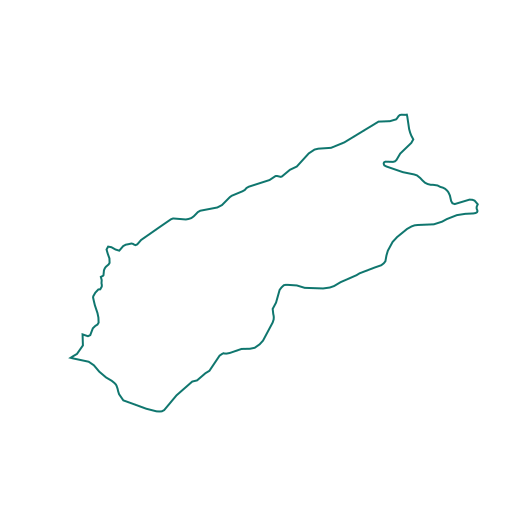 Kärnten, orthographic projection, rotated 144°
{"feature_id": "AUT-2325", "entity_name": "Kärnten", "entity_type": "State", "adm_level": 1, "iso_a3": "AUT", "parent_name": "Austria", "parent_adm1": "", "projection": "orthographic", "projection_center": [13.787, 46.758], "detail": "fine", "context": "isolated", "style": "outline", "palette": "teal", "viewbox_px": 512, "rotation_deg": 144, "n_neighbors": 0, "source": "natural_earth", "source_scale": "10m", "svg_char_len": 2725}
<svg xmlns="http://www.w3.org/2000/svg" viewBox="0 0 512 512"><g transform="rotate(144 256 256)"><path d="M56.8,285.5L55.3,284.8L52.2,282.4L50.9,281.7L51.7,279.8L57.5,268.7L58.8,265.2L59.6,262.2L60.2,257.9L63.9,256.2L79.1,254.1L86.0,251.1L88.0,250.9L89.8,251.6L95.8,256.2L97.1,256.5L97.7,256.3L98.3,255.8L98.6,255.2L98.8,254.6L98.9,253.8L97.9,251.8L87.9,237.5L80.2,229.1L78.4,226.6L77.3,222.6L76.9,219.3L76.2,215.9L74.8,213.3L72.8,210.9L71.0,209.6L67.7,206.4L66.3,203.6L64.6,201.4L63.5,199.2L63.0,196.8L62.9,195.6L62.9,194.5L63.2,192.8L63.6,190.9L65.8,185.8L66.1,183.2L64.7,181.2L50.1,176.1L47.9,174.3L46.6,172.3L46.2,167.5L48.4,166.2L49.0,165.6L49.6,164.7L49.8,164.1L50.0,163.2L50.2,162.6L50.7,161.9L51.5,161.5L53.1,161.7L55.2,162.7L61.9,167.1L69.5,171.0L79.9,173.7L85.3,174.4L93.5,177.1L106.9,186.0L109.7,187.6L112.8,188.5L117.9,189.1L130.6,188.4L137.2,187.1L146.2,182.8L150.1,179.8L154.4,175.7L156.9,175.0L160.1,174.9L166.7,176.9L182.3,181.1L186.0,181.4L202.9,185.1L210.5,185.8L214.8,187.1L220.8,190.3L235.3,201.6L240.3,208.2L246.8,213.6L249.1,215.3L250.7,216.0L253.8,215.6L256.8,214.7L267.2,206.5L273.6,203.4L276.1,199.0L276.9,197.2L277.6,196.0L279.0,194.3L281.6,192.4L300.1,183.4L305.0,182.4L311.0,182.5L315.4,184.5L322.3,189.3L334.3,193.0L337.3,194.4L339.0,195.8L339.4,196.4L340.9,196.7L344.0,196.8L361.2,190.5L365.8,190.9L376.8,190.0L381.4,191.9L402.2,190.0L420.9,185.3L423.5,185.7L425.3,186.8L427.8,188.8L434.6,197.0L448.2,217.2L448.0,224.7L447.0,227.7L446.0,230.0L445.1,233.0L444.9,234.4L445.2,236.6L446.1,239.9L448.7,245.9L450.8,254.6L451.4,262.9L453.5,268.8L464.3,280.8L465.8,282.6L462.4,282.4L458.4,282.0L448.6,285.4L442.4,294.5L439.1,289.9L436.6,289.4L434.2,291.0L430.5,293.4L429.9,293.5L427.0,293.9L424.6,293.7L422.5,294.6L419.7,298.8L417.8,303.0L416.5,307.1L415.3,310.9L413.6,315.0L412.2,318.2L411.3,319.1L407.5,320.8L403.2,321.6L401.6,320.6L398.8,321.9L397.8,323.1L397.0,324.8L395.0,327.2L393.8,330.3L392.5,330.1L391.5,329.9L390.7,330.1L387.4,333.8L385.6,334.9L383.9,335.5L380.2,335.8L378.5,336.5L376.0,340.2L374.6,345.0L373.8,347.2L373.1,349.1L370.1,350.5L367.8,348.1L365.9,343.9L363.5,340.7L357.6,342.1L354.7,341.7L352.4,340.6L349.4,339.3L348.4,338.1L347.9,336.8L347.1,335.6L345.2,335.2L339.5,336.5L319.0,336.1L303.2,335.7L302.8,335.6L301.0,335.1L291.3,326.8L288.8,325.6L286.0,324.7L283.0,324.7L280.0,325.2L277.3,325.7L274.5,325.4L258.8,318.0L253.6,317.2L242.6,319.0L240.2,319.0L228.9,316.3L226.3,316.0L223.7,316.6L221.1,316.3L200.4,309.5L193.2,309.2L191.9,308.3L189.5,305.5L188.3,305.1L177.9,305.8L170.4,304.4L153.0,308.0L146.1,307.7L142.5,306.2L131.7,299.4L117.8,296.0L77.9,292.7L68.3,286.3L64.0,284.8L62.5,284.2L61.2,284.4L58.4,285.4L56.8,285.5Z" fill="none" stroke="#0f766e" stroke-width="2"/></g></svg>